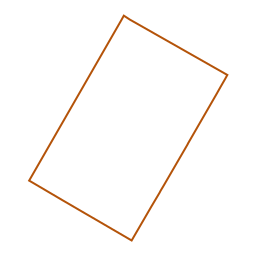 Dundy, Nebraska, United States of America (Albers equal-area conic projection), rotated 300°
{"feature_id": "52423323B35170285070049", "entity_name": "Dundy", "entity_type": "district", "adm_level": 2, "iso_a3": "USA", "parent_name": "United States of America", "parent_adm1": "Nebraska", "projection": "albers", "projection_center": [-101.7, 40.176], "detail": "fine", "context": "isolated", "style": "outline", "palette": "amber", "viewbox_px": 256, "rotation_deg": 300, "n_neighbors": 0, "source": "geoboundaries", "source_scale": "gbopen_adm2", "svg_char_len": 470}
<svg xmlns="http://www.w3.org/2000/svg" viewBox="0 0 256 256"><g transform="rotate(300 128 128)"><path d="M33.0,68.7L33.0,72.5L32.7,107.8L32.7,109.9L32.6,132.7L32.6,137.6L32.4,187.4L67.9,187.5L71.2,187.5L87.8,187.7L90.1,187.6L96.5,187.7L97.3,187.7L144.0,187.8L144.3,187.7L166.2,187.7L199.1,187.7L200.7,187.7L201.0,187.7L210.4,187.6L218.6,187.6L223.2,187.5L223.6,187.5L222.8,75.5L223.2,68.2L218.2,68.3L33.0,68.7Z" fill="none" stroke="#b45309" stroke-width="2"/></g></svg>